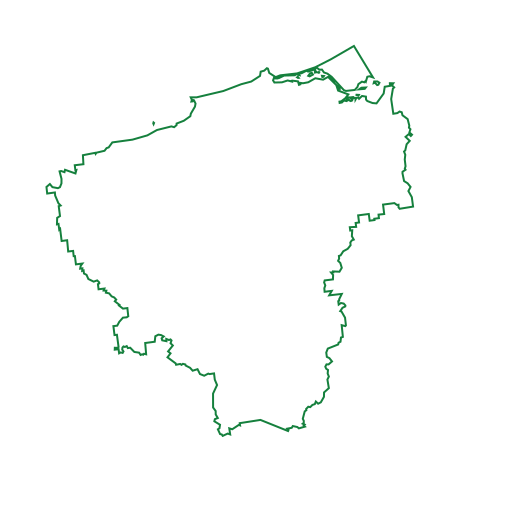 Sunshine Coast, Queensland, Australia (Albers equal-area conic projection), rotated 254°
{"feature_id": "25037944B96271376045080", "entity_name": "Sunshine Coast", "entity_type": "district", "adm_level": 2, "iso_a3": "AUS", "parent_name": "Australia", "parent_adm1": "Queensland", "projection": "albers", "projection_center": [153.027, -26.708], "detail": "fine", "context": "isolated", "style": "outline", "palette": "green", "viewbox_px": 512, "rotation_deg": 254, "n_neighbors": 0, "source": "geoboundaries", "source_scale": "gbopen_adm2", "svg_char_len": 6080}
<svg xmlns="http://www.w3.org/2000/svg" viewBox="0 0 512 512"><g transform="rotate(254 256 256)"><path d="M92.3,174.4L93.1,179.9L91.6,182.0L97.7,182.8L96.0,185.4L98.4,193.0L97.6,194.0L99.8,194.3L97.2,215.1L78.9,238.6L79.8,239.3L81.4,238.5L81.0,243.0L82.4,244.5L80.2,248.6L78.5,249.7L78.5,256.0L79.9,255.2L80.5,256.3L81.9,254.7L82.4,255.9L84.4,256.5L86.6,256.1L93.2,260.0L93.9,261.9L95.1,262.0L96.7,264.7L95.8,266.5L97.3,269.2L97.4,271.7L99.6,273.4L96.9,275.0L97.5,278.0L101.9,282.5L106.1,283.8L108.9,289.6L117.6,290.6L120.0,292.8L123.3,292.5L126.6,293.8L128.3,292.4L130.5,292.1L132.4,293.9L131.8,295.9L133.7,300.0L137.6,298.4L139.5,296.3L143.8,296.9L147.2,299.5L148.3,310.6L149.9,311.5L150.3,313.6L154.2,315.2L154.3,317.2L165.9,319.3L164.0,322.5L164.5,323.3L172.2,324.6L179.0,322.9L179.8,321.8L182.4,324.9L182.9,327.9L183.8,328.3L186.1,327.2L187.4,324.7L186.5,322.1L189.9,322.6L190.2,323.7L191.5,324.0L195.9,328.0L198.0,315.5L201.6,319.2L202.7,312.1L206.2,312.8L208.6,314.5L211.8,314.2L213.6,315.3L212.3,323.5L216.5,324.9L219.5,323.6L219.0,325.8L219.9,325.9L217.9,331.9L221.0,335.2L226.1,335.1L228.7,333.6L230.6,335.2L233.2,335.7L233.3,337.5L236.5,341.2L237.6,346.1L240.3,349.9L243.0,350.4L244.6,352.4L244.8,354.5L248.6,353.6L254.2,355.6L254.5,353.6L257.8,354.1L256.4,360.3L260.3,360.9L259.8,364.3L266.9,365.4L265.3,376.0L258.6,375.0L257.9,379.8L259.2,380.0L258.5,384.6L262.0,385.2L261.0,390.8L270.4,392.3L268.7,403.6L266.2,405.6L266.0,407.1L263.5,406.4L261.8,407.1L260.2,420.6L269.6,422.0L276.4,420.4L279.8,423.6L284.1,421.8L287.2,419.0L295.2,419.6L296.6,420.1L297.7,423.5L298.9,423.1L301.1,424.5L307.8,425.6L312.1,427.4L315.6,427.1L316.4,428.6L321.9,431.6L324.3,435.5L329.3,432.6L331.1,436.5L328.7,437.9L329.6,439.4L332.5,437.5L335.3,439.4L337.2,438.4L339.1,439.3L345.8,439.5L350.9,435.6L354.0,435.7L355.3,433.8L354.4,431.3L354.9,427.2L369.6,429.2L379.1,433.7L380.0,435.3L382.4,433.8L383.2,426.4L377.0,423.5L369.5,413.9L370.9,410.2L374.3,405.7L376.0,404.9L378.9,405.6L380.6,402.0L378.7,398.4L379.9,398.0L380.4,396.2L379.0,394.8L380.5,395.2L380.9,393.9L380.7,392.4L379.0,391.3L378.8,389.8L380.9,387.3L379.9,385.9L381.2,383.3L379.9,380.9L380.1,378.6L381.4,378.8L381.2,380.6L383.0,385.3L385.9,389.3L392.4,380.5L398.2,380.3L408.3,374.6L407.0,369.1L410.5,362.0L408.6,354.1L409.1,348.8L410.2,346.3L408.8,346.0L408.7,344.5L412.3,344.5L414.6,339.1L414.6,338.3L413.9,338.4L416.0,334.8L415.8,328.8L417.7,321.5L420.1,320.8L423.6,323.3L428.3,319.2L432.8,319.1L433.5,318.2L431.9,315.0L431.9,311.3L428.0,309.5L425.0,299.5L425.2,289.2L423.6,270.0L424.9,242.5L426.5,237.0L423.7,237.4L422.3,236.5L422.1,237.7L423.2,238.7L422.8,239.3L419.2,239.9L416.4,238.5L410.8,232.6L408.5,231.4L405.9,223.9L405.2,216.2L403.7,215.7L402.4,212.8L403.9,210.4L404.4,195.5L401.9,184.8L401.9,169.3L404.8,149.2L401.0,144.3L400.9,142.1L398.9,139.4L399.3,131.1L398.4,130.0L399.5,129.9L400.6,117.4L391.8,115.4L393.2,106.8L388.1,106.0L388.1,107.0L385.1,105.2L391.5,96.2L389.4,95.0L391.4,92.1L391.5,90.5L383.8,90.3L379.4,89.0L376.2,86.5L375.8,84.3L378.3,79.3L382.0,77.7L380.1,73.6L373.6,72.5L372.5,80.2L369.5,79.6L361.2,80.6L358.4,82.1L358.3,80.1L348.4,78.6L347.5,75.4L341.3,73.4L341.3,75.0L335.5,74.1L336.1,75.2L324.0,73.3L323.2,78.8L312.1,76.7L311.3,81.6L306.1,80.7L305.8,81.9L297.6,80.6L296.6,87.0L294.9,84.8L292.3,83.5L292.0,85.7L289.6,84.8L289.7,86.3L286.6,85.8L284.6,87.9L280.1,88.5L276.1,92.9L276.3,96.6L273.9,98.0L272.9,97.8L272.5,96.3L267.4,95.5L266.5,101.3L264.8,100.0L263.9,102.6L262.1,101.6L260.6,104.5L257.0,106.1L255.2,108.3L252.6,109.6L251.4,107.8L246.6,111.3L246.2,110.6L242.1,113.6L241.4,118.0L233.3,116.6L232.7,114.8L233.4,111.1L230.4,106.4L227.3,103.4L227.9,99.6L219.0,98.2L218.6,100.6L206.4,98.8L205.9,97.5L206.7,95.0L204.9,94.4L204.3,98.2L200.2,97.6L200.6,99.4L199.6,101.1L200.8,102.3L202.9,101.6L204.8,102.4L205.6,103.7L204.7,104.9L205.0,106.9L202.8,107.4L202.5,109.8L197.3,112.6L195.3,117.0L192.7,117.8L192.9,119.5L192.2,120.3L192.9,121.4L191.8,123.3L202.9,125.5L201.5,135.0L206.6,137.1L207.3,140.5L206.2,142.9L204.1,145.1L202.9,142.6L200.8,142.6L198.8,146.4L201.0,146.9L199.2,149.2L199.4,150.8L198.1,151.5L195.7,149.8L192.9,151.4L188.5,145.2L186.0,147.0L183.0,143.0L174.9,149.2L173.5,149.2L173.1,153.4L171.9,154.4L172.5,156.0L171.2,158.2L170.1,158.2L166.7,161.8L163.2,163.5L163.3,168.6L158.0,169.6L155.2,173.2L156.1,177.7L155.3,178.8L154.7,183.3L148.5,182.3L142.7,183.0L135.6,176.8L122.2,173.0L118.1,174.5L114.8,173.6L110.8,174.6L110.5,171.5L108.6,170.4L103.7,174.9L100.5,173.4L99.9,171.6L94.7,172.4L93.9,173.9L92.3,174.4ZM430.9,408.0L424.4,382.0L421.1,365.0L420.2,345.8L423.0,329.1L422.6,324.9L421.4,323.4L420.8,325.4L421.7,326.4L420.7,326.9L421.7,332.8L419.0,343.2L419.7,344.8L417.8,347.8L419.0,347.8L419.7,348.9L419.1,350.1L420.2,355.6L418.9,356.9L419.2,364.4L420.8,366.0L417.6,368.3L417.0,370.8L413.7,371.9L411.6,374.9L407.4,378.1L391.2,386.2L389.9,387.9L388.4,396.7L390.5,400.1L393.0,401.8L394.4,405.9L393.1,408.0L393.9,409.3L393.2,409.6L397.6,412.4L397.5,414.6L395.4,417.7L430.9,408.0ZM389.8,418.1L386.9,419.6L386.9,420.8L388.5,422.4L390.3,420.9L391.2,417.7L389.7,416.8L389.8,418.1ZM379.3,391.2L380.8,391.5L382.9,389.1L383.1,388.0L381.4,386.2L380.7,386.1L381.2,387.8L379.3,389.5L379.3,391.2ZM413.9,357.1L414.7,360.7L416.7,360.1L416.7,358.4L414.8,355.9L413.9,357.1ZM387.8,401.1L386.7,406.6L387.7,408.0L388.7,403.7L387.8,401.1ZM384.2,435.6L385.2,432.3L384.4,432.1L383.2,434.4L384.2,435.6ZM403.3,379.8L406.1,378.4L409.2,375.9L405.2,377.8L403.3,379.8ZM415.9,365.2L417.4,364.2L417.6,363.6L416.1,363.2L415.9,365.2ZM409.8,369.1L409.7,370.2L410.3,370.9L411.0,369.1L409.8,369.1ZM381.3,393.8L382.0,393.3L382.3,391.3L380.9,392.1L381.3,393.8ZM393.5,382.5L394.2,382.7L395.6,381.2L394.3,381.3L393.5,382.5ZM383.6,396.2L382.0,398.8L382.5,399.3L383.6,396.2ZM414.6,368.0L415.6,367.2L415.0,365.7L414.9,367.3L414.6,368.0ZM415.5,346.1L416.7,345.6L416.4,344.8L415.6,345.5L415.5,346.1ZM402.8,379.0L400.9,379.6L403.2,379.0L402.8,379.0ZM395.5,382.9L396.7,382.6L396.9,382.0L395.7,382.2L395.5,382.9ZM412.6,194.3L411.8,193.8L411.0,193.9L412.0,194.7L412.6,194.3Z" fill="none" stroke="#15803d" stroke-width="2"/></g></svg>